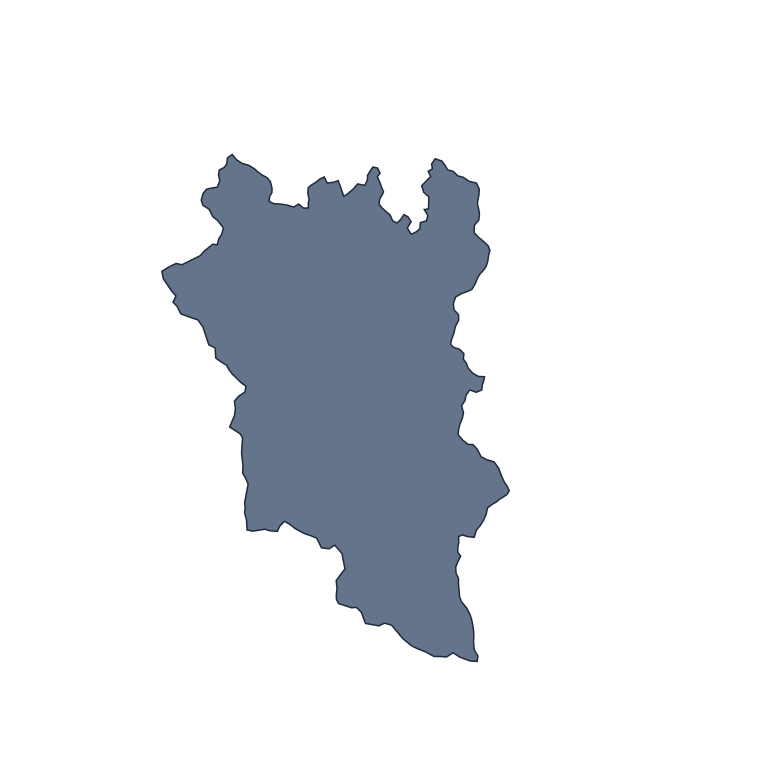 the district of Poços de Caldas, Minas Gerais, Brazil, rotated 321°
{"feature_id": "56859067B58227572587527", "entity_name": "Poços de Caldas", "entity_type": "district", "adm_level": 2, "iso_a3": "BRA", "parent_name": "Brazil", "parent_adm1": "Minas Gerais", "projection": "robinson", "projection_center": [-46.542, -21.82], "detail": "fine", "context": "isolated", "style": "filled", "palette": "slate", "viewbox_px": 768, "rotation_deg": 321, "n_neighbors": 0, "source": "geoboundaries", "source_scale": "gbopen_adm2", "svg_char_len": 3735}
<svg xmlns="http://www.w3.org/2000/svg" viewBox="0 0 768 768"><g transform="rotate(321 384 384)"><path d="M357.6,559.9L364.0,555.7L370.4,554.4L375.8,552.5L381.5,549.5L386.5,545.4L392.0,545.6L397.4,546.4L401.8,546.3L405.9,546.9L409.9,547.3L414.2,545.8L415.4,540.9L415.7,536.3L417.6,529.0L420.1,521.8L420.5,513.7L416.1,507.3L413.7,501.6L415.4,493.7L415.0,487.1L411.4,483.9L409.9,477.3L409.7,470.0L413.7,466.0L417.6,463.1L423.5,459.8L427.7,456.4L430.6,449.6L436.3,448.0L440.7,444.4L446.9,442.6L450.5,448.5L456.2,450.2L459.6,446.8L463.4,444.4L466.7,441.6L462.1,437.5L459.8,431.6L459.4,424.7L461.1,419.5L461.3,414.6L465.2,410.7L464.5,404.3L461.3,399.7L460.7,395.2L464.3,392.0L467.9,390.0L471.3,387.8L475.4,384.4L482.2,381.4L485.6,377.0L485.1,370.4L488.5,365.2L494.3,361.5L500.9,362.5L506.6,364.4L511.7,365.8L517.6,363.7L523.8,360.3L528.2,358.8L532.5,358.3L537.2,357.0L541.9,353.9L546.8,349.3L550.4,346.8L551.9,342.3L551.1,336.2L549.7,329.1L549.3,323.1L554.0,317.6L560.8,316.3L565.1,312.1L567.8,307.4L570.0,302.8L572.9,299.9L576.3,297.2L580.6,292.7L582.3,286.1L577.7,279.9L575.7,273.2L572.4,268.8L571.5,262.2L568.2,257.5L569.1,252.4L569.3,247.2L565.5,241.1L559.4,243.0L557.0,247.3L552.2,246.5L550.8,252.2L544.7,252.8L538.1,253.6L535.5,260.0L536.6,266.8L533.2,270.8L528.7,275.9L525.1,273.7L524.1,280.7L519.6,283.9L513.8,281.4L509.8,285.8L505.1,286.1L499.4,284.8L500.2,277.5L507.2,275.0L507.8,269.3L506.2,264.9L500.6,266.6L495.5,267.1L493.4,262.7L495.1,256.6L494.0,250.6L493.2,245.3L493.6,240.8L497.0,237.6L500.8,236.2L504.5,234.5L506.2,228.8L507.9,224.1L509.2,218.7L513.6,217.7L514.9,212.1L511.9,208.4L507.7,209.6L502.6,211.4L499.2,215.3L494.1,217.5L489.4,211.9L482.8,213.1L476.0,213.3L470.9,213.0L472.4,208.4L474.1,203.9L476.4,197.1L471.9,195.6L466.3,192.1L467.9,185.5L463.0,184.3L456.9,184.3L452.8,183.6L448.6,183.8L444.7,188.0L442.0,193.4L438.8,195.9L436.2,199.6L432.2,196.8L430.9,190.4L425.2,189.7L421.5,184.3L417.5,179.7L412.0,174.7L409.5,169.8L413.1,166.4L417.5,164.6L420.3,161.2L423.1,155.2L422.9,149.9L420.6,144.4L419.4,139.5L418.7,135.1L416.5,128.8L412.6,123.4L410.5,116.7L410.5,110.0L404.6,109.8L400.3,114.0L396.3,115.2L390.7,114.0L386.9,117.4L384.4,122.6L378.4,126.2L372.8,122.9L368.5,120.9L363.2,122.1L357.6,126.2L355.7,131.0L358.0,138.1L356.3,146.2L357.6,152.6L357.4,161.7L351.9,165.6L347.3,167.0L342.0,170.8L338.9,167.6L333.4,167.6L328.4,167.6L321.9,168.6L302.1,164.2L298.3,159.5L290.8,157.7L282.3,156.6L278.7,163.4L277.5,177.7L277.7,184.7L271.5,187.7L272.1,193.4L270.2,201.5L275.3,210.1L279.7,217.2L279.2,225.6L272.5,243.3L275.5,249.5L269.6,258.0L271.5,264.9L273.4,270.1L272.5,275.5L272.4,281.4L273.8,293.2L275.3,298.8L270.9,302.7L263.6,302.0L256.9,303.2L253.3,309.3L248.1,314.3L237.0,320.3L240.8,332.0L240.3,336.7L229.7,348.2L222.9,358.9L218.0,364.4L217.3,369.7L215.4,376.3L201.0,388.5L198.4,392.5L194.6,396.4L191.6,403.1L185.7,411.3L189.5,415.8L194.6,418.8L199.9,421.8L203.1,426.4L208.4,431.4L213.5,428.9L220.2,428.1L222.2,433.0L224.1,440.8L226.3,446.3L228.4,450.8L231.6,455.7L234.6,461.3L233.7,466.0L232.3,471.9L237.6,477.5L244.3,478.3L244.5,483.7L244.6,489.3L237.3,503.1L231.4,504.5L223.1,506.7L218.6,513.6L214.0,518.1L211.4,521.6L210.6,526.2L218.0,537.5L222.0,540.3L222.7,547.3L218.9,558.4L227.8,568.7L233.9,570.2L238.1,576.1L238.4,594.0L240.8,605.3L243.5,610.9L247.5,617.9L251.4,627.2L256.7,631.6L260.8,635.5L268.5,636.3L271.1,644.2L276.7,653.5L281.8,658.2L285.8,654.5L286.8,647.4L291.1,641.0L294.7,637.0L297.7,633.1L300.8,628.0L303.5,623.0L305.8,617.3L307.3,610.1L307.2,602.1L308.8,597.0L311.9,592.5L316.1,586.2L319.5,582.0L320.9,576.4L324.4,571.5L329.3,568.7L335.3,566.0L335.5,561.3L338.1,557.9L342.7,553.9L345.9,549.5L349.8,550.6L353.1,555.4L357.6,559.9Z" fill="#64748b" stroke="#1e293b" stroke-width="1.5"/></g></svg>